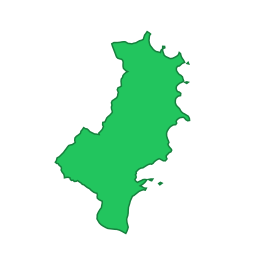 the district of Porto Alegre, Rio Grande do Sul, Brazil, rotated 221°
{"feature_id": "56859067B13821039974926", "entity_name": "Porto Alegre", "entity_type": "district", "adm_level": 2, "iso_a3": "BRA", "parent_name": "Brazil", "parent_adm1": "Rio Grande do Sul", "projection": "albers", "projection_center": [-51.167, -30.1], "detail": "fine", "context": "isolated", "style": "filled", "palette": "green", "viewbox_px": 256, "rotation_deg": 221, "n_neighbors": 0, "source": "geoboundaries", "source_scale": "gbopen_adm2", "svg_char_len": 4216}
<svg xmlns="http://www.w3.org/2000/svg" viewBox="0 0 256 256"><g transform="rotate(221 128 128)"><path d="M161.9,58.9L160.6,56.3L160.4,54.5L158.6,54.5L157.3,55.3L155.5,54.7L153.3,54.8L151.9,54.1L150.9,52.4L148.4,51.4L146.3,51.1L144.6,50.0L143.3,48.7L142.1,50.3L140.9,51.5L139.1,52.3L137.6,51.3L136.2,51.4L135.2,52.6L133.5,52.4L132.1,53.8L131.6,55.2L129.7,55.4L127.5,55.7L125.5,55.5L124.0,56.2L121.5,56.3L119.7,56.4L117.1,57.0L115.0,56.8L113.4,56.9L111.6,57.1L109.8,57.7L108.6,58.4L107.1,57.3L106.3,56.0L105.1,54.9L102.9,54.9L99.4,55.8L98.1,54.3L96.8,52.0L95.8,50.4L95.7,48.5L95.2,45.4L94.7,43.6L94.2,42.2L93.1,40.9L91.8,39.1L89.2,38.2L87.4,37.6L84.9,37.4L82.3,37.7L79.1,38.4L77.3,39.0L74.9,40.6L71.3,43.1L69.9,44.2L67.4,45.4L64.8,46.1L62.3,46.6L60.5,47.0L60.9,48.7L61.8,51.2L62.8,53.3L65.0,54.8L66.9,56.1L69.0,58.1L69.8,59.4L70.7,61.7L72.1,63.9L73.6,65.7L75.7,68.6L76.9,71.4L78.4,74.4L79.0,76.4L79.9,79.4L79.3,80.9L79.0,82.5L78.6,84.7L78.1,87.4L76.9,89.9L75.8,91.6L74.2,92.4L74.7,94.6L75.9,93.6L77.4,93.1L79.1,92.9L80.9,92.3L80.0,95.1L79.6,97.8L79.7,99.9L79.8,101.4L81.6,100.2L82.8,98.9L83.4,97.2L84.4,95.2L85.1,93.2L87.5,93.0L89.0,93.6L89.3,95.9L90.4,97.0L91.7,97.5L91.8,99.1L93.1,100.1L93.0,101.7L92.9,103.7L92.1,106.0L90.6,107.8L89.8,110.6L88.9,113.4L87.8,115.3L86.4,116.2L85.9,117.9L86.0,119.8L85.5,122.5L84.4,125.3L81.8,126.0L79.9,126.4L78.3,127.7L78.3,130.3L79.9,131.0L81.0,132.3L80.8,133.8L80.8,136.3L80.0,138.2L80.5,140.0L81.9,140.5L83.8,140.7L85.4,141.0L87.3,142.0L87.6,143.9L89.1,144.8L90.7,145.5L92.0,146.3L93.6,147.3L95.5,149.4L96.3,151.1L96.9,154.2L96.9,156.4L96.6,157.9L95.8,160.1L94.2,161.8L94.4,163.6L96.0,164.5L96.4,166.1L96.2,167.7L95.7,169.6L94.4,171.2L93.3,172.4L91.8,172.6L89.9,172.2L87.7,172.6L86.5,174.1L87.7,175.3L88.9,175.9L90.3,176.4L92.1,176.1L94.6,175.7L96.6,175.2L98.8,175.3L100.5,175.9L101.9,176.4L103.4,176.5L105.1,176.6L106.7,176.9L108.8,178.0L110.3,179.8L111.3,181.5L111.3,183.1L111.0,185.1L109.6,186.9L110.9,188.8L113.0,188.7L114.5,188.0L116.0,188.4L117.7,189.5L118.8,191.3L118.8,193.6L118.3,196.0L117.4,197.8L116.8,200.0L118.9,201.2L120.5,202.3L122.9,202.4L124.3,202.0L125.8,202.2L127.5,202.6L129.0,203.1L130.1,204.1L130.9,205.2L131.1,207.1L129.9,208.6L129.5,212.2L128.3,214.7L130.5,215.6L132.2,216.0L134.1,216.6L135.7,217.5L137.2,218.6L138.9,218.6L138.0,216.5L138.3,214.1L139.2,211.7L140.2,209.6L141.8,208.0L143.9,207.4L146.2,206.7L148.3,206.6L149.6,207.3L151.0,208.1L152.5,209.0L153.8,210.5L154.1,208.6L153.1,206.2L155.6,204.9L157.1,204.1L158.7,203.9L160.6,203.9L162.0,204.2L163.6,204.5L165.1,204.8L166.3,205.3L167.7,206.2L169.6,207.8L171.0,209.8L172.4,211.8L172.6,213.7L174.2,213.7L176.8,213.3L176.5,211.0L176.4,209.0L175.4,206.7L174.6,204.9L175.4,203.0L176.4,201.6L177.1,199.8L177.9,197.5L179.3,195.7L180.3,194.0L181.9,193.0L183.6,191.8L185.6,191.5L186.9,191.1L188.1,190.0L189.3,188.7L190.2,187.5L191.8,185.8L193.0,184.7L194.7,183.2L195.5,180.9L193.5,179.6L186.5,175.9L185.3,175.2L183.2,174.1L181.4,174.0L179.3,174.9L177.9,175.7L176.2,175.5L174.7,174.4L173.6,172.9L172.3,171.4L170.7,170.1L169.2,169.9L166.9,169.9L165.3,170.3L165.9,168.8L166.3,166.4L166.2,164.3L165.3,162.6L165.2,160.5L163.9,158.7L161.7,156.6L160.5,155.3L161.0,153.6L161.9,151.8L161.2,149.8L159.7,149.1L158.5,148.4L157.9,146.9L156.8,145.3L156.4,143.3L156.9,141.5L157.3,139.7L157.8,138.3L157.1,136.2L155.1,134.8L154.3,132.9L152.8,131.5L151.4,130.7L150.1,129.5L150.1,127.6L150.1,125.8L150.5,123.6L150.6,121.6L150.1,120.0L149.4,117.4L150.7,115.7L149.2,113.7L147.5,113.0L146.5,110.1L146.5,107.7L146.7,105.0L145.4,104.2L146.6,103.4L147.9,102.6L149.4,101.5L151.3,101.0L152.8,100.6L154.4,100.2L156.7,100.5L158.4,100.4L159.6,99.5L161.7,99.2L161.4,96.6L161.4,94.8L160.4,92.7L160.9,90.0L161.5,87.9L161.5,85.7L160.1,83.7L158.3,82.4L158.7,80.7L159.2,78.9L160.4,77.3L161.2,75.9L161.2,74.0L161.0,72.2L160.8,69.2L160.6,67.2L160.8,64.6L160.9,62.6L161.1,61.0L161.9,58.9ZM77.2,104.6L78.7,102.7L76.7,103.1L75.5,103.7L75.8,105.8L77.2,104.6ZM153.8,210.5L152.8,212.7L153.9,213.6L155.4,212.4L153.8,210.5ZM67.9,108.2L68.4,106.2L66.7,106.0L66.1,108.7L67.9,108.2ZM113.9,201.4L114.9,199.8L112.9,200.2L112.5,202.1L113.9,201.4ZM125.8,215.4L124.2,216.2L125.7,217.0L125.8,215.4Z" fill="#22c55e" stroke="#15803d" stroke-width="1.5"/></g></svg>